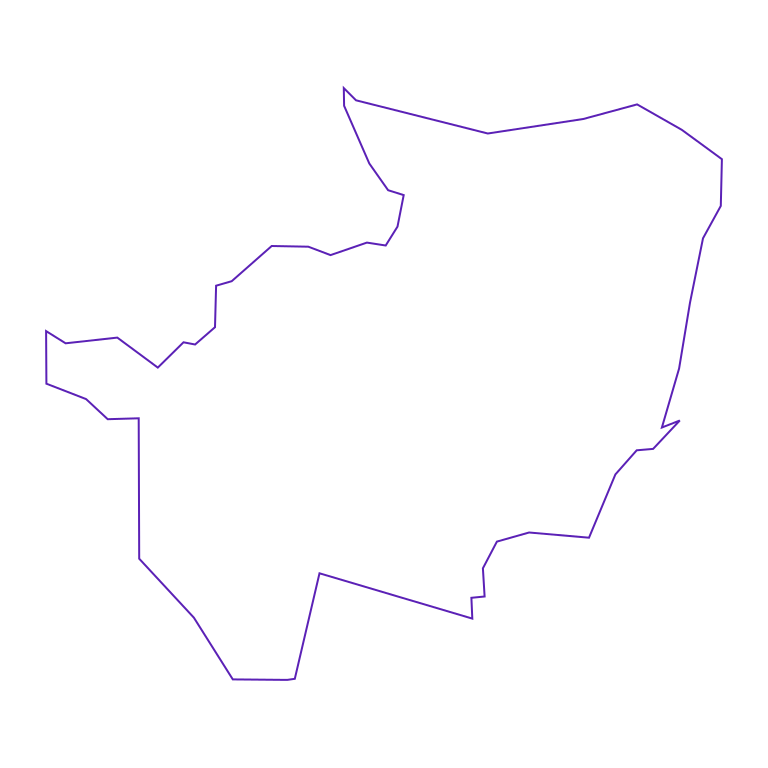 Brantley, Georgia, United States of America
{"feature_id": "52423323B25931574604795", "entity_name": "Brantley", "entity_type": "district", "adm_level": 2, "iso_a3": "USA", "parent_name": "United States of America", "parent_adm1": "Georgia", "projection": "equal_earth", "projection_center": [-82.007, 31.192], "detail": "fine", "context": "isolated", "style": "outline", "palette": "violet", "viewbox_px": 768, "rotation_deg": 0, "n_neighbors": 0, "source": "geoboundaries", "source_scale": "gbopen_adm2", "svg_char_len": 758}
<svg xmlns="http://www.w3.org/2000/svg" viewBox="0 0 768 768"><path d="M232.8,679.4L287.2,679.9L294.8,678.8L319.5,573.3L472.3,618.6L471.4,597.8L484.6,596.5L482.9,568.3L496.9,541.6L529.1,532.5L589.0,537.7L615.4,474.4L636.7,450.3L653.1,448.9L679.8,420.5L661.9,427.5L679.1,368.5L690.0,302.7L703.0,238.3L720.8,205.9L721.9,159.2L681.9,129.9L637.1,104.4L583.2,119.0L487.8,133.5L356.0,100.3L343.8,88.1L344.1,105.8L369.3,163.5L388.1,190.2L403.7,195.1L397.5,226.6L385.7,245.5L366.9,242.6L330.5,255.1L308.3,246.7L271.7,246.0L231.7,281.2L216.1,285.7L215.0,327.2L195.1,344.5L183.5,342.3L157.8,367.6L117.3,337.6L65.6,343.3L46.1,331.1L46.4,383.7L86.1,399.1L107.7,419.2L138.7,418.3L139.2,558.7L193.9,617.7L232.8,679.4Z" fill="none" stroke="#5b21b6" stroke-width="2"/></svg>